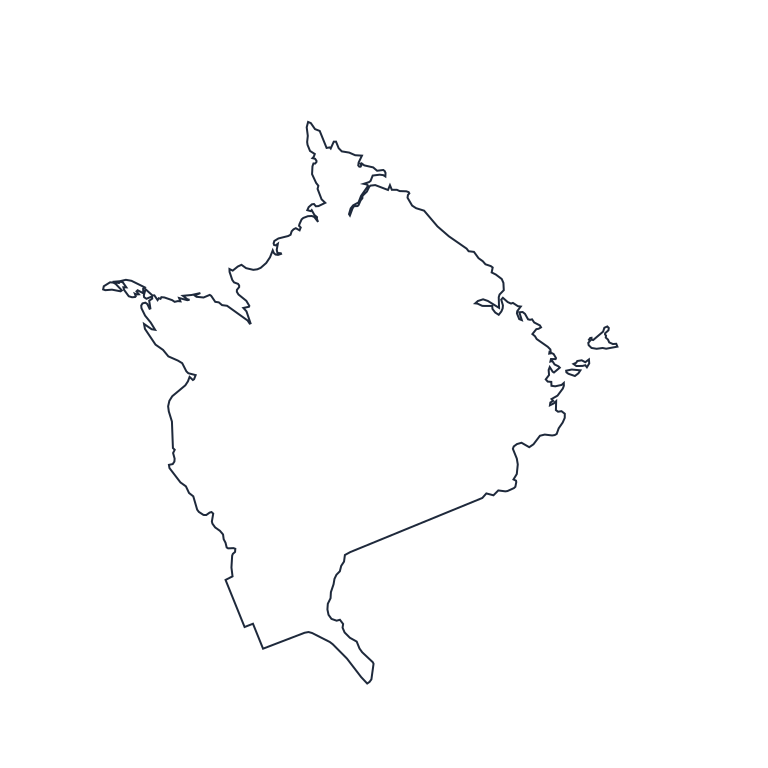 the border of New Brunswick, rotated 248°
{"feature_id": "CAN-684", "entity_name": "New Brunswick", "entity_type": "Province", "adm_level": 1, "iso_a3": "CAN", "parent_name": "Canada", "parent_adm1": "", "projection": "equal_earth", "projection_center": [-65.996, 46.339], "detail": "fine", "context": "isolated", "style": "outline", "palette": "slate", "viewbox_px": 768, "rotation_deg": 248, "n_neighbors": 0, "source": "natural_earth", "source_scale": "10m", "svg_char_len": 6171}
<svg xmlns="http://www.w3.org/2000/svg" viewBox="0 0 768 768"><g transform="rotate(248 384 384)"><path d="M303.6,537.2L295.4,533.6L293.1,535.0L292.3,538.4L288.7,540.5L284.9,538.9L281.3,535.2L277.5,529.4L273.0,525.4L272.7,523.2L273.3,520.6L276.9,514.1L277.6,509.2L272.1,500.0L271.0,495.0L278.0,489.5L278.5,484.8L277.5,480.9L275.6,479.2L265.1,479.2L259.3,477.9L250.8,473.4L247.0,468.3L244.9,470.2L243.5,469.9L239.5,467.3L238.8,465.5L238.5,458.4L239.0,456.3L242.5,450.1L239.8,443.8L244.2,437.9L241.5,432.5L240.8,289.8L240.1,283.7L234.3,280.4L231.4,276.2L226.9,272.9L225.0,268.5L221.9,265.1L217.2,262.2L210.9,256.8L205.4,254.2L201.3,249.6L196.2,247.1L190.8,246.1L185.9,247.3L182.3,251.4L181.9,254.8L176.8,256.2L173.6,254.3L168.4,254.4L161.5,257.3L155.4,262.2L147.9,262.2L143.4,263.3L130.2,269.4L128.5,269.5L114.9,261.7L113.2,259.0L112.6,256.2L120.9,253.0L143.3,246.8L161.9,239.0L165.1,237.1L180.1,224.0L182.3,221.1L183.1,217.2L183.9,172.7L210.8,172.7L210.9,163.7L261.7,163.7L262.4,171.5L271.0,173.8L281.7,178.9L283.1,180.2L284.1,183.0L286.9,184.4L288.2,183.0L290.0,177.9L291.4,176.9L296.2,177.6L300.1,177.2L304.8,178.4L309.3,176.9L314.3,173.7L318.8,172.6L321.0,172.9L327.8,177.1L329.9,176.1L330.1,174.2L329.1,170.1L330.2,167.6L334.8,164.4L337.5,163.7L351.3,165.1L356.0,162.4L363.3,162.0L369.0,158.4L386.4,153.6L389.6,154.3L388.9,158.1L390.6,160.6L393.2,161.9L399.0,162.6L401.4,165.3L403.7,164.3L428.6,173.3L439.2,174.2L444.2,175.5L448.8,178.7L452.0,183.1L457.2,199.3L459.9,203.2L463.4,206.4L459.3,208.3L459.6,209.7L462.8,212.7L467.3,206.6L469.8,205.5L478.9,204.7L482.9,201.7L490.4,194.4L498.4,191.9L506.1,186.9L524.7,183.0L529.6,184.0L521.8,189.1L520.0,192.1L528.4,190.7L536.9,188.1L545.1,187.5L547.7,188.3L549.2,190.3L548.8,193.2L546.8,194.5L541.6,194.8L541.6,195.7L549.2,197.5L550.0,201.1L551.5,201.5L552.1,200.6L552.0,195.7L554.3,194.1L556.1,194.5L561.2,198.4L552.8,202.5L552.2,204.3L546.6,205.5L547.9,207.3L546.7,208.7L547.9,210.1L546.5,212.8L541.1,219.0L538.6,220.7L538.1,223.9L536.9,226.2L540.5,226.2L535.4,233.0L534.9,235.2L536.3,233.4L541.1,230.6L538.6,239.0L537.1,247.8L537.0,241.6L535.1,242.8L531.8,249.1L531.9,255.8L530.5,256.8L523.4,258.3L521.6,261.4L517.8,263.4L515.3,267.8L494.0,281.3L490.3,282.1L490.3,283.0L502.9,283.7L507.2,282.1L506.2,287.7L506.9,288.4L512.7,287.5L521.5,282.6L524.6,282.1L526.4,282.9L528.1,286.0L529.6,286.6L531.5,286.2L534.4,283.0L537.3,282.3L545.8,282.8L548.5,283.8L545.8,286.2L547.7,292.5L547.9,296.5L543.1,299.5L538.8,305.6L537.8,309.5L537.9,313.2L540.3,320.1L544.2,325.8L549.6,330.9L546.8,330.9L544.7,331.9L543.4,334.1L543.2,337.3L543.9,337.3L545.4,334.3L548.6,334.8L553.8,338.1L553.1,335.5L554.0,334.2L555.7,334.3L557.7,335.9L558.5,340.6L557.1,350.6L557.4,353.3L560.2,355.6L561.3,358.1L561.5,360.6L558.1,363.3L560.3,365.4L562.5,364.5L563.9,365.5L567.5,369.3L568.2,371.4L568.1,376.3L566.8,380.0L565.0,381.9L559.0,383.6L562.2,383.6L563.8,384.4L566.8,382.8L572.3,382.1L571.7,380.9L573.9,378.0L576.2,380.4L577.6,384.4L577.1,386.5L574.3,387.4L573.5,389.9L574.0,397.4L578.6,395.3L589.8,395.5L592.4,397.4L595.8,396.4L605.5,395.9L612.6,399.2L614.9,401.2L614.2,402.7L615.1,404.5L616.1,405.0L618.6,404.5L620.2,402.3L621.0,404.0L623.2,406.0L627.8,402.7L634.4,402.7L637.2,403.4L642.6,406.3L651.0,408.5L655.4,411.8L653.3,413.9L646.2,415.5L642.7,419.2L624.4,419.2L623.7,422.3L622.3,422.8L627.5,428.2L626.7,430.3L619.6,430.3L615.5,432.0L611.6,438.4L606.9,443.0L604.0,449.1L598.9,443.5L596.3,442.0L594.8,442.5L594.3,443.7L595.1,444.8L597.1,444.8L597.1,445.8L594.1,447.6L588.9,455.1L584.3,457.5L582.7,463.5L581.2,464.4L579.2,464.5L575.9,463.0L577.9,461.6L579.7,458.4L581.5,451.6L577.3,447.6L576.8,445.7L577.2,440.2L575.5,442.7L574.2,443.4L573.0,442.4L567.0,433.2L561.9,428.4L561.2,422.3L559.3,418.9L554.6,415.2L553.0,415.5L558.6,420.6L560.1,422.8L558.9,426.1L559.3,427.3L563.0,431.1L564.3,433.5L566.5,434.5L568.8,440.2L572.4,444.2L573.0,445.8L571.7,450.4L562.4,460.4L566.1,464.0L561.1,464.0L559.2,468.7L557.0,470.8L554.3,476.9L552.7,478.7L551.3,478.9L550.3,477.0L547.9,475.6L538.9,476.9L535.0,479.6L529.7,486.1L510.1,492.6L496.6,499.5L478.6,511.3L475.4,512.2L472.8,516.9L465.2,518.8L460.8,521.6L457.0,522.9L453.3,527.2L451.3,528.4L447.1,525.6L443.6,528.7L437.2,532.5L433.0,532.6L426.1,530.2L423.7,524.7L421.5,522.9L411.5,519.2L422.1,511.4L425.4,507.6L425.8,502.1L424.6,498.8L423.5,500.8L419.6,504.4L415.8,513.6L413.0,512.7L408.6,513.9L405.2,516.3L407.3,520.0L409.6,522.3L412.3,523.7L418.3,524.3L419.4,526.5L413.6,529.4L411.0,531.9L410.9,533.9L406.0,537.3L404.6,539.8L401.6,534.8L399.7,533.7L393.5,533.7L391.6,535.7L399.8,536.3L398.8,539.5L396.2,541.0L390.0,541.8L388.8,543.5L388.5,545.5L384.8,546.3L379.9,550.5L377.7,550.8L377.3,548.0L377.8,545.8L374.7,540.3L371.7,541.9L368.5,542.4L357.1,549.8L353.7,551.2L351.0,550.5L351.8,549.5L350.3,548.6L349.7,551.2L348.2,552.5L343.6,553.2L342.8,552.4L344.6,548.2L342.5,546.7L342.2,548.7L338.2,549.5L335.0,552.4L333.3,553.1L331.0,545.9L332.2,545.0L337.6,544.0L335.3,541.9L330.5,540.4L327.7,535.7L324.9,536.7L323.3,539.9L319.6,538.6L317.7,541.9L317.1,545.5L316.6,548.3L317.6,551.1L315.0,550.1L312.8,548.1L308.2,540.5L307.3,533.7L305.0,534.5L304.5,531.3L302.1,529.9L302.4,534.1L303.6,537.2ZM335.5,600.2L337.0,594.3L339.7,589.9L343.3,588.3L345.6,588.8L346.9,591.3L348.3,590.6L349.4,592.4L349.1,593.7L347.3,593.1L346.4,594.4L350.5,606.8L353.6,609.4L353.7,612.6L351.7,613.4L349.7,612.2L348.2,608.0L347.1,607.5L345.7,608.0L344.0,607.0L341.3,608.3L338.2,608.4L335.3,611.2L334.3,614.4L331.2,614.4L333.5,603.2L335.5,600.2ZM577.7,177.8L576.9,176.1L580.4,170.6L578.3,177.4L577.3,183.7L574.3,188.5L563.2,198.4L562.6,196.4L558.3,194.8L563.2,190.7L562.6,189.2L559.0,190.3L559.7,188.2L561.1,186.8L558.3,186.7L557.9,185.8L558.8,182.9L561.0,180.2L568.5,178.3L571.3,178.6L570.1,181.3L576.2,179.9L577.7,177.8ZM573.4,167.1L575.4,160.7L576.9,159.0L579.6,160.8L580.9,168.1L579.4,171.0L577.3,172.7L569.0,176.0L568.6,174.5L573.4,167.1ZM331.9,576.2L328.8,578.8L330.0,583.2L326.2,582.0L323.5,578.4L326.0,577.7L326.4,574.8L328.6,569.1L331.6,567.2L331.7,570.2L332.9,571.8L331.9,576.2ZM327.1,563.5L323.1,571.2L321.1,568.3L319.9,564.0L324.4,558.8L326.5,557.5L328.1,557.9L327.1,563.5Z" fill="none" stroke="#1e293b" stroke-width="2"/></g></svg>